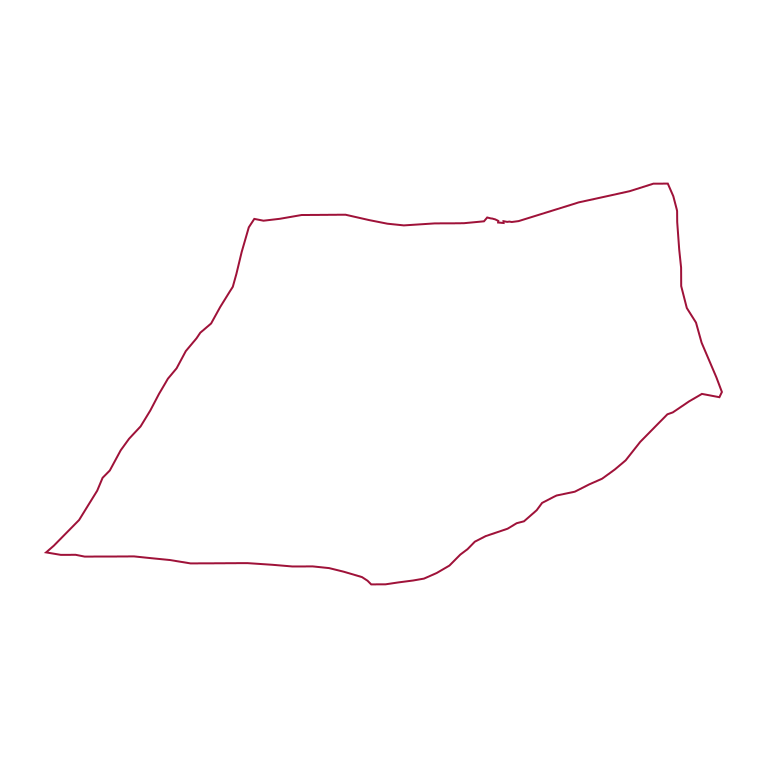 Akoko South West, Ondo, Nigeria
{"feature_id": "59680162B66461609617276", "entity_name": "Akoko South West", "entity_type": "district", "adm_level": 2, "iso_a3": "NGA", "parent_name": "Nigeria", "parent_adm1": "Ondo", "projection": "orthographic", "projection_center": [5.689, 7.401], "detail": "fine", "context": "isolated", "style": "outline", "palette": "rose", "viewbox_px": 768, "rotation_deg": 0, "n_neighbors": 0, "source": "geoboundaries", "source_scale": "gbopen_adm2", "svg_char_len": 1715}
<svg xmlns="http://www.w3.org/2000/svg" viewBox="0 0 768 768"><path d="M673.3,196.2L667.8,183.6L653.3,183.7L629.6,191.2L610.2,195.5L596.5,198.5L578.6,202.4L574.6,203.7L572.0,204.5L518.6,221.1L511.8,222.0L509.3,221.6L507.2,221.9L505.1,221.5L503.5,221.2L503.6,223.0L498.1,222.5L498.3,220.9L496.9,220.2L495.0,219.3L493.7,219.0L492.5,218.6L490.8,218.4L487.2,217.5L484.0,221.3L477.8,221.9L463.9,223.2L455.0,223.3L450.1,223.3L434.8,223.4L403.8,225.4L402.0,225.2L387.4,223.7L369.2,220.1L345.4,214.7L319.9,214.9L304.9,215.0L301.7,215.0L279.8,218.8L263.5,220.7L254.3,218.9L248.8,227.3L244.8,241.2L241.7,251.9L236.4,273.9L232.8,286.8L229.8,291.5L220.2,307.0L211.1,323.5L200.3,332.7L196.6,338.2L185.8,351.1L176.6,368.3L169.5,376.8L167.9,378.7L165.3,383.2L159.0,393.9L150.2,410.7L149.7,411.5L140.6,426.4L129.1,438.7L120.7,450.3L109.8,470.5L102.6,477.8L97.2,490.7L88.1,505.4L79.1,520.0L53.7,545.8L46.1,552.4L61.0,554.9L75.6,554.8L84.7,556.6L110.3,556.5L117.0,556.5L134.0,556.4L150.4,558.1L168.6,559.9L169.7,560.0L190.5,563.4L214.2,563.3L247.1,563.1L272.6,564.8L292.7,566.5L312.7,566.4L329.1,568.1L343.7,571.7L362.0,577.1L367.5,580.7L371.2,584.4L385.7,584.3L398.5,582.4L413.1,580.5L424.0,578.6L436.7,573.0L449.4,565.6L460.3,554.6L467.6,549.1L474.8,541.7L485.7,536.1L496.7,532.4L507.6,528.7L516.7,523.2L524.0,521.3L536.7,510.2L542.1,502.9L553.7,496.9L556.6,495.5L574.8,491.7L589.4,484.3L602.1,478.7L614.8,469.5L625.7,460.3L640.2,441.9L658.3,423.5L667.4,414.3L672.8,412.4L689.2,401.3L698.7,395.8L701.9,393.9L719.4,397.2L721.9,392.0L716.4,377.4L701.6,342.7L696.0,322.6L688.5,310.7L686.8,308.0L681.2,286.1L681.1,267.7L679.2,249.5L677.2,222.0L677.1,211.0L676.7,209.2L673.3,196.2Z" fill="none" stroke="#9f1239" stroke-width="2"/></svg>